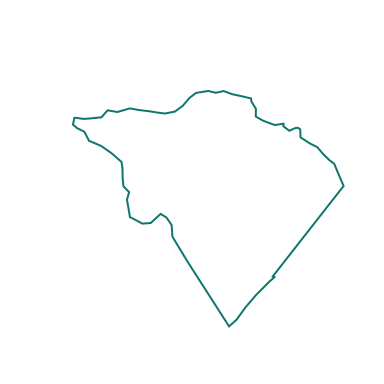 Gerasa, Limassol, Cyprus (Albers equal-area conic projection), rotated 113°
{"feature_id": "46923920B27706584342072", "entity_name": "Gerasa", "entity_type": "district", "adm_level": 2, "iso_a3": "CYP", "parent_name": "Cyprus", "parent_adm1": "Limassol", "projection": "albers", "projection_center": [32.993, 34.805], "detail": "fine", "context": "isolated", "style": "outline", "palette": "teal", "viewbox_px": 384, "rotation_deg": 113, "n_neighbors": 0, "source": "geoboundaries", "source_scale": "gbopen_adm2", "svg_char_len": 986}
<svg xmlns="http://www.w3.org/2000/svg" viewBox="0 0 384 384"><g transform="rotate(113 192 192)"><path d="M127.2,54.8L118.6,63.8L110.5,72.1L108.9,78.3L105.7,86.3L101.8,94.2L101.2,102.8L99.3,113.5L92.0,116.9L91.5,119.7L93.2,122.4L97.6,126.3L95.8,133.6L93.4,134.4L98.0,142.0L98.6,154.6L97.6,162.8L90.4,165.7L85.5,172.7L82.8,174.2L84.4,183.5L86.3,193.4L86.7,202.3L91.4,208.9L92.6,216.5L94.5,219.4L99.2,227.0L106.2,231.0L116.5,234.3L124.7,239.2L130.3,247.5L132.1,253.7L134.4,263.0L137.2,272.5L139.3,281.8L147.5,291.9L149.8,301.6L158.6,304.5L164.6,315.4L167.1,320.4L169.3,328.6L169.7,329.2L176.5,327.9L178.1,322.8L178.6,314.6L185.1,306.8L185.1,293.7L187.7,281.3L191.9,268.6L197.3,265.3L206.6,261.1L213.6,257.3L216.7,249.8L224.4,248.9L239.3,239.3L240.5,225.4L236.7,217.9L224.4,212.3L225.5,205.5L230.4,197.8L240.7,192.6L257.5,169.4L301.2,105.4L297.5,103.6L292.2,101.1L277.6,97.8L261.5,92.7L244.1,85.7L238.2,82.8L238.2,84.7L127.2,54.8Z" fill="none" stroke="#0f766e" stroke-width="2"/></g></svg>